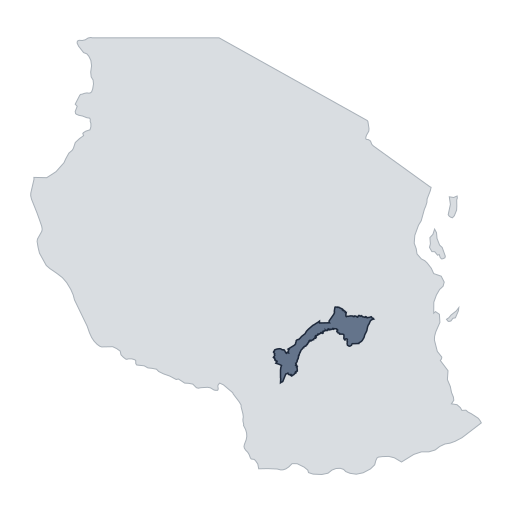 Kilombero, Morogoro, United Republic of Tanzania shown in context
{"feature_id": "72390352B25590445201102", "entity_name": "Kilombero", "entity_type": "district", "adm_level": 2, "iso_a3": "TZA", "parent_name": "United Republic of Tanzania", "parent_adm1": "Morogoro", "projection": "mercator", "projection_center": [36.337, -8.562], "detail": "fine", "context": "in_parent", "style": "filled", "palette": "slate", "viewbox_px": 512, "rotation_deg": 0, "n_neighbors": 0, "source": "geoboundaries", "source_scale": "gbopen_adm2", "svg_char_len": 9411}
<svg xmlns="http://www.w3.org/2000/svg" viewBox="0 0 512 512"><path d="M176.2,379.5L169.6,376.0L163.6,373.9L158.7,371.5L156.5,369.2L151.9,368.3L147.9,367.9L144.2,365.8L136.7,365.0L135.8,363.6L135.7,360.4L134.4,359.6L131.6,358.8L128.6,358.8L126.8,359.3L125.8,359.1L123.3,357.2L121.0,354.8L120.2,351.1L116.7,348.6L112.7,346.7L101.6,346.9L99.9,346.3L97.2,344.4L94.2,341.3L91.7,337.6L89.5,332.8L87.2,326.2L74.5,299.9L73.2,294.9L70.8,289.4L66.7,282.6L62.4,277.6L56.5,273.1L49.9,268.6L46.3,265.5L39.5,253.2L38.1,247.4L37.1,241.4L37.5,239.0L41.8,231.3L42.2,229.1L41.7,226.2L39.6,220.1L36.9,212.6L31.5,199.1L30.7,195.7L30.8,193.1L34.0,179.3L33.9,177.4L46.7,177.7L56.0,171.7L64.0,162.7L65.7,158.9L68.9,153.1L72.2,150.3L73.4,148.3L75.3,142.5L79.5,138.6L83.6,135.6L82.8,133.5L83.4,132.7L85.7,131.2L90.0,129.8L90.9,126.8L90.9,123.4L90.2,121.5L90.3,119.3L89.6,118.1L86.8,117.7L82.5,116.0L78.9,115.3L76.5,114.3L75.6,113.6L75.2,111.5L77.2,106.3L75.2,104.2L79.7,95.4L80.5,94.4L82.1,94.2L84.6,93.3L87.0,92.9L88.9,93.2L90.3,92.9L91.6,91.9L92.7,88.9L93.5,84.0L93.1,80.0L91.2,76.9L90.7,72.1L91.6,65.8L90.9,60.5L88.9,56.3L86.8,53.8L83.6,52.6L78.6,46.2L77.1,43.0L77.4,41.1L79.1,40.3L82.3,40.5L85.3,39.8L88.1,38.0L90.8,37.5L92.2,37.8L219.0,37.8L367.2,120.5L367.9,121.5L369.0,128.6L368.8,131.1L366.5,135.2L365.8,137.3L365.8,138.8L366.4,139.4L368.3,139.6L370.0,140.6L370.6,141.3L371.8,144.4L373.4,146.0L429.8,186.7L431.1,187.3L430.3,190.7L427.1,199.0L426.9,202.4L425.6,206.5L424.4,209.2L421.2,220.8L418.5,225.2L414.8,235.4L414.2,243.2L416.2,248.7L417.0,253.9L421.3,258.9L424.8,260.7L427.2,263.0L431.3,268.3L433.7,273.6L441.2,276.2L444.2,282.1L443.1,286.2L439.6,289.5L436.4,295.0L433.8,302.2L433.7,313.2L435.5,311.6L439.4,314.3L439.9,322.4L435.8,331.8L434.6,336.2L434.4,340.0L437.3,351.4L441.8,357.1L441.5,358.9L440.3,360.5L448.0,370.7L447.4,379.6L450.3,386.5L451.5,392.5L453.4,397.1L453.8,400.3L451.4,403.8L457.0,404.7L460.3,407.6L461.9,410.4L465.9,410.2L468.1,412.1L471.3,413.7L478.3,418.3L480.1,420.7L481.3,422.9L462.1,437.6L455.1,441.3L450.2,443.1L444.9,444.0L439.8,446.4L435.1,450.0L429.0,451.8L421.6,451.8L413.8,454.4L401.5,462.0L394.4,457.8L388.8,456.4L382.3,456.6L378.4,457.1L377.0,458.0L375.8,460.6L374.7,464.8L370.5,468.9L363.1,472.8L356.3,474.2L350.0,473.3L345.8,471.6L343.6,469.4L340.3,468.3L336.0,468.5L331.9,470.1L328.0,473.2L321.7,474.5L313.1,474.1L308.5,472.6L307.8,470.1L304.1,467.1L297.2,463.7L292.1,463.6L288.8,466.9L285.8,468.9L283.1,469.8L280.7,469.9L277.2,469.0L267.7,468.6L258.7,468.8L257.8,464.0L255.9,461.2L254.3,459.4L251.2,459.0L250.3,457.7L249.2,454.7L247.7,452.2L245.7,450.2L244.4,448.2L244.0,446.5L244.4,444.5L246.2,439.7L246.8,436.4L246.6,433.0L245.6,429.5L243.5,425.4L243.7,424.2L243.0,421.4L242.9,419.4L243.3,416.9L242.9,413.7L241.1,406.8L241.1,405.0L239.1,401.7L233.1,393.8L232.8,392.8L223.4,384.8L219.7,383.1L218.3,384.6L217.8,386.0L218.2,388.5L218.0,389.8L217.6,390.3L215.4,390.3L214.0,390.0L210.4,387.8L207.6,387.3L200.8,387.7L198.3,388.2L196.4,387.7L192.8,384.1L188.5,383.3L184.7,383.1L178.4,379.0L176.2,379.5ZM442.2,247.5L445.3,256.2L444.9,257.8L442.7,258.8L441.5,258.9L440.2,257.5L439.2,254.5L437.6,255.2L434.7,251.7L431.9,251.6L429.5,247.4L430.4,243.8L429.9,237.6L432.9,234.4L434.6,229.1L436.5,232.7L437.0,238.4L439.6,245.1L442.2,247.5ZM457.1,196.0L457.3,198.0L456.7,199.9L456.8,206.1L456.6,210.1L454.3,215.8L452.4,217.8L450.7,217.2L449.3,216.3L448.2,214.7L450.4,204.4L449.3,196.8L453.7,197.5L457.1,196.0ZM450.9,321.0L448.7,321.5L447.8,321.0L446.5,319.3L448.8,317.8L451.1,315.0L456.3,310.9L458.8,307.6L458.4,310.8L455.4,317.8L452.9,318.3L450.9,321.0Z" fill="#d9dde1" stroke="#a8b0b8" stroke-width="1"/><path d="M300.0,338.3L299.2,338.9L299.0,339.4L297.3,339.7L296.6,340.2L296.2,340.6L296.1,341.8L295.6,343.0L295.6,343.9L294.8,344.7L294.7,345.0L288.2,349.0L289.1,349.4L289.0,349.6L288.5,349.6L288.3,349.9L288.5,351.1L288.4,351.9L288.3,352.2L288.6,353.0L288.0,352.9L287.2,352.2L286.4,353.3L285.7,352.7L284.7,350.6L284.3,350.0L283.9,349.8L283.6,350.0L282.8,349.7L282.3,349.8L281.5,349.4L281.1,349.0L280.5,348.8L279.5,348.7L277.1,349.0L275.0,349.7L274.6,350.0L274.4,351.1L274.1,351.3L273.7,351.4L273.5,352.1L273.9,352.3L273.9,352.7L274.7,353.7L274.5,354.0L274.4,354.4L274.5,354.5L274.5,354.8L274.7,355.0L274.8,355.5L274.3,356.0L274.1,356.5L273.6,356.9L273.4,357.4L274.0,357.6L274.3,357.5L274.6,357.9L274.6,358.2L274.4,358.2L274.3,358.4L274.8,358.8L274.8,359.0L275.1,359.3L275.2,359.7L274.9,359.8L275.0,360.3L275.4,360.5L275.7,360.3L276.2,360.8L276.2,361.1L276.9,361.0L277.1,361.3L277.1,361.8L276.8,361.9L275.8,363.2L279.1,364.3L280.4,364.9L281.5,365.5L280.8,367.6L280.5,370.0L280.5,377.8L280.7,378.4L280.5,382.8L281.5,382.1L282.4,381.8L282.8,381.5L285.8,374.0L286.8,373.7L287.6,373.4L287.7,373.2L287.9,373.1L288.2,373.9L288.6,374.4L288.8,374.4L288.9,374.6L289.6,374.8L289.8,374.7L289.8,374.9L289.9,374.7L290.4,374.8L290.5,375.0L290.9,374.8L290.9,375.2L291.1,375.1L291.1,375.3L291.4,375.4L291.6,375.9L291.9,375.7L292.3,375.7L292.7,375.4L292.9,375.0L293.9,374.6L294.3,374.0L295.5,373.1L295.2,372.8L295.3,372.7L295.7,372.8L295.6,371.9L296.1,371.9L296.0,371.6L296.9,370.9L297.3,371.0L297.3,370.7L297.3,369.6L297.1,369.0L297.2,368.5L297.0,368.2L297.0,367.7L297.1,367.4L296.8,367.2L297.0,366.9L296.8,366.9L296.9,366.7L296.7,366.7L296.7,366.3L296.8,366.2L296.5,366.0L296.6,365.9L296.4,365.8L296.6,365.7L296.4,365.5L296.5,365.3L296.1,365.1L295.8,365.0L296.2,364.5L295.9,364.2L295.7,363.4L296.0,363.4L296.0,363.2L296.3,363.0L296.8,362.0L297.1,361.7L297.3,360.6L297.1,360.3L297.4,360.0L297.4,359.8L297.9,359.1L297.9,358.7L298.2,358.6L298.3,358.1L298.2,357.8L298.5,357.3L298.4,356.2L298.6,356.2L298.7,355.7L298.8,355.8L298.9,355.6L298.8,355.3L299.2,355.0L299.2,354.4L299.7,353.3L299.7,352.8L300.1,352.5L300.1,352.1L300.3,352.0L300.5,351.4L300.8,351.0L300.8,350.6L301.1,350.1L301.4,349.8L302.3,348.9L302.9,348.0L303.2,347.7L303.7,347.7L303.8,347.0L304.5,346.4L304.7,346.5L305.3,346.1L305.6,346.0L305.8,346.1L306.0,345.8L306.0,345.7L306.1,345.4L306.3,345.3L306.8,344.6L307.1,344.7L307.3,344.6L307.4,343.9L307.7,343.8L308.1,342.8L308.3,342.8L308.5,342.6L308.4,342.5L308.8,342.2L308.7,341.9L308.9,341.4L309.1,341.3L309.1,340.8L309.5,340.5L310.0,340.5L310.1,340.3L310.3,340.4L310.3,340.6L310.6,340.7L310.8,340.5L311.0,340.7L310.9,340.9L311.4,340.8L311.5,340.6L311.9,340.4L311.9,340.2L312.3,340.1L312.5,339.9L313.0,339.6L313.5,339.7L313.5,339.4L313.7,339.0L313.8,339.0L313.9,338.7L314.0,338.7L314.0,338.8L314.2,338.6L314.5,338.3L315.0,338.3L314.9,338.2L315.1,338.0L315.4,337.8L315.0,337.7L315.2,337.4L315.1,336.8L315.2,336.6L315.4,336.4L315.5,336.0L315.8,336.2L315.7,335.9L316.1,335.9L316.0,335.6L316.6,335.6L316.7,335.4L317.5,335.2L317.6,334.8L317.8,334.9L318.4,334.6L318.6,334.6L318.8,334.4L318.7,334.2L319.0,334.3L319.2,334.1L319.3,333.8L320.0,333.7L320.3,333.5L320.3,333.0L320.1,332.9L320.5,333.0L320.6,332.7L320.9,332.5L321.1,332.7L321.3,333.0L321.6,332.7L322.1,333.1L322.3,333.2L322.3,332.7L322.7,332.8L322.6,332.6L322.7,332.4L322.8,332.0L323.1,332.2L323.1,331.4L323.7,331.5L324.1,331.2L324.2,330.8L325.1,330.8L325.3,330.6L325.3,330.2L325.5,330.5L326.4,330.3L326.6,330.6L327.2,330.6L327.3,330.4L327.2,330.1L327.6,330.0L327.7,329.7L328.0,329.8L328.2,329.1L328.5,329.3L328.5,329.8L329.0,329.6L329.1,329.1L329.6,329.4L329.8,329.8L330.5,329.3L330.8,329.6L331.4,329.3L331.8,329.4L332.6,328.7L332.7,328.8L332.8,329.1L333.0,329.2L333.1,328.6L333.7,329.0L334.0,328.6L334.5,328.9L334.9,328.7L335.2,328.8L335.8,328.7L336.4,328.8L336.6,329.0L336.8,329.1L336.8,329.3L337.4,329.6L337.4,329.8L337.5,329.9L337.2,330.0L337.3,330.2L337.1,330.3L337.2,330.6L336.8,331.5L337.1,331.9L337.7,332.0L338.1,333.0L338.9,333.0L339.1,333.2L339.6,333.4L339.6,334.1L342.6,334.1L343.7,334.5L344.0,335.9L343.8,338.2L344.1,339.1L344.6,339.5L344.7,339.9L345.0,340.0L345.2,339.3L345.7,338.9L346.2,338.8L346.6,338.9L347.4,339.3L347.0,341.0L347.4,341.6L347.1,343.4L347.4,345.1L347.7,345.4L348.1,345.5L349.1,346.2L349.5,346.2L350.3,346.0L350.8,345.6L351.5,345.3L351.7,344.5L352.1,343.8L352.7,343.6L353.3,343.7L358.9,343.5L359.0,342.9L361.4,341.4L362.3,340.4L363.7,338.1L364.2,337.0L364.7,334.9L366.3,331.8L366.8,330.7L367.6,326.7L368.4,324.8L369.0,324.1L370.3,321.0L371.2,320.1L372.0,319.6L373.6,319.1L373.3,318.9L373.4,318.4L372.0,317.9L371.5,316.9L371.1,316.7L370.8,316.9L369.3,317.4L367.9,317.5L367.1,317.8L366.1,316.7L365.5,316.6L365.3,316.8L365.2,317.3L364.4,317.3L364.0,317.0L362.6,316.8L362.1,316.4L361.7,315.7L360.8,316.3L360.6,316.3L359.9,315.6L359.5,315.7L359.3,315.6L359.3,315.8L358.7,315.7L358.4,315.8L358.4,316.1L358.0,316.4L357.8,317.0L357.4,317.2L356.0,316.2L354.8,315.9L354.4,316.5L353.8,316.3L353.6,316.6L353.2,316.6L352.7,316.0L350.9,315.9L350.7,316.0L350.2,315.9L348.7,316.3L347.1,316.3L346.4,316.7L346.2,316.6L346.0,316.3L345.8,315.4L345.9,315.0L345.8,314.5L346.1,313.9L346.0,313.5L346.2,312.7L345.7,312.9L345.2,312.5L345.4,311.7L345.2,311.4L344.3,310.8L344.2,310.8L343.7,310.6L343.3,310.7L343.2,310.5L343.5,310.3L343.5,310.1L343.0,310.0L343.1,309.9L342.6,309.6L342.7,309.4L342.6,309.2L342.2,309.2L341.9,308.7L340.9,308.4L340.6,308.1L339.4,307.8L339.0,307.5L338.9,307.2L338.0,307.2L337.5,307.4L337.1,307.0L336.6,307.2L335.2,307.0L334.9,307.5L334.3,311.1L334.5,311.7L334.3,312.0L334.5,312.8L333.6,314.5L329.1,321.0L329.1,322.3L329.5,322.8L319.5,323.0L319.5,321.1L317.5,322.6L316.5,323.1L314.3,324.6L312.9,325.3L308.4,329.2L306.4,331.3L305.1,333.7L301.6,336.4L300.0,338.3Z" fill="#64748b" stroke="#1e293b" stroke-width="1.5"/></svg>